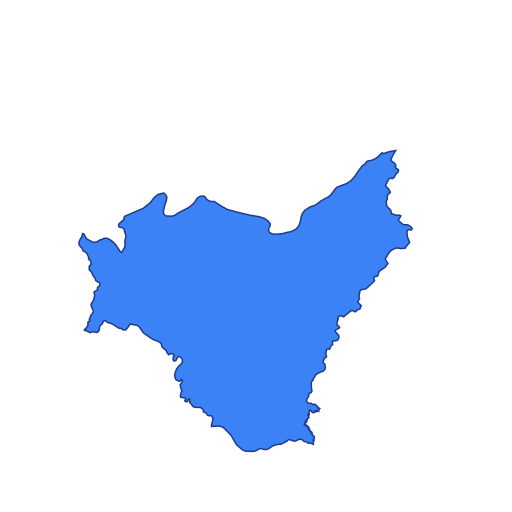 outline of Chiang Khan, Loei, Thailand, rotated 35°
{"feature_id": "78962969B15954858222696", "entity_name": "Chiang Khan", "entity_type": "district", "adm_level": 2, "iso_a3": "THA", "parent_name": "Thailand", "parent_adm1": "Loei", "projection": "orthographic", "projection_center": [101.786, 17.871], "detail": "fine", "context": "isolated", "style": "filled", "palette": "blue", "viewbox_px": 512, "rotation_deg": 35, "n_neighbors": 0, "source": "geoboundaries", "source_scale": "gbopen_adm2", "svg_char_len": 6164}
<svg xmlns="http://www.w3.org/2000/svg" viewBox="0 0 512 512"><g transform="rotate(35 256 256)"><path d="M411.0,377.4L409.8,376.2L409.5,374.1L408.5,374.1L408.1,372.9L408.7,372.2L407.7,371.4L407.3,370.4L406.1,370.7L404.3,369.5L403.4,369.9L402.8,369.4L403.2,368.6L403.0,368.4L401.0,368.1L399.8,368.6L399.3,367.3L399.0,367.4L398.7,366.9L398.2,367.4L398.0,366.7L397.4,366.9L397.0,366.0L396.6,366.5L395.6,365.7L394.9,366.5L394.7,365.9L394.0,365.6L393.4,366.5L392.5,365.9L392.2,366.3L391.8,366.2L391.8,365.0L392.3,364.7L392.4,364.3L391.7,363.9L392.2,363.4L391.6,363.3L391.8,362.7L391.3,362.3L392.3,361.7L391.7,361.0L391.9,360.5L391.2,359.8L392.1,358.1L391.5,357.9L391.0,357.0L390.2,356.9L390.7,355.5L390.2,354.9L389.5,355.5L389.4,354.1L388.6,353.4L389.0,352.7L388.2,351.8L389.0,351.1L389.4,351.4L389.9,351.0L390.9,351.3L391.5,351.9L393.1,351.4L393.1,350.7L394.4,349.3L393.7,349.1L394.5,348.8L394.1,348.0L395.1,348.3L395.7,347.2L396.3,347.1L395.6,346.6L395.8,345.5L395.3,345.2L395.6,344.3L394.5,344.5L394.2,345.0L393.5,344.8L392.7,343.8L391.9,344.2L389.7,343.5L388.7,344.0L388.4,345.0L385.8,345.0L383.2,346.7L380.3,345.7L379.9,344.4L379.6,340.9L378.2,338.3L379.5,336.3L379.3,334.5L376.6,331.8L373.7,327.5L373.5,326.9L374.0,325.2L373.3,323.8L373.5,322.5L373.1,319.7L373.3,318.2L375.4,314.1L377.1,311.9L377.5,309.2L376.7,307.4L374.6,305.3L373.9,304.9L372.2,304.9L371.6,304.6L370.8,300.7L371.5,299.0L371.5,298.1L371.0,297.3L369.6,296.9L367.6,292.5L367.8,291.3L369.6,290.2L369.8,289.6L368.9,287.2L369.6,284.4L368.0,282.8L367.7,281.8L370.7,278.9L371.2,277.5L371.1,276.6L370.5,274.8L369.4,273.7L363.8,272.2L363.6,271.3L365.5,267.2L365.4,266.5L361.4,265.6L360.8,264.8L359.3,260.2L358.4,259.2L358.7,257.7L359.7,256.2L362.7,255.6L364.8,247.8L365.5,246.0L366.2,245.4L369.4,244.8L370.2,241.3L371.5,240.0L370.7,236.3L366.8,235.7L365.7,235.0L365.2,231.5L363.4,229.8L361.2,225.0L361.5,223.2L364.9,219.9L367.3,209.0L367.2,208.1L365.1,206.7L364.8,205.8L365.1,205.0L367.0,203.0L367.0,201.9L365.8,198.7L366.0,197.2L368.2,191.0L368.3,189.8L368.4,186.5L363.6,184.5L363.1,178.1L363.3,175.2L364.2,172.2L365.8,169.7L367.2,168.3L370.3,166.9L373.7,164.1L373.6,161.2L374.1,156.8L368.7,153.2L365.7,149.5L365.4,148.3L365.7,147.2L366.5,146.4L368.2,145.7L368.5,145.0L368.2,144.1L367.3,143.4L365.1,143.2L362.3,143.5L359.0,145.6L358.0,145.8L354.0,145.4L352.4,145.1L351.9,144.4L351.7,140.1L351.4,139.9L350.2,140.3L346.6,142.6L344.0,143.1L342.9,143.8L339.9,141.1L335.2,140.4L333.4,139.1L331.2,136.2L330.9,133.9L329.4,132.1L328.8,130.2L328.8,129.2L329.6,127.6L329.5,126.7L326.0,125.0L322.5,124.4L321.5,123.7L321.1,119.5L320.6,117.8L320.9,116.1L321.8,114.6L323.2,114.6L324.1,112.2L323.6,109.0L324.2,106.0L323.9,104.5L323.2,103.6L319.8,103.8L319.1,103.1L319.0,102.1L318.4,101.5L316.3,100.5L312.1,100.4L311.4,99.9L310.3,95.1L309.9,89.5L305.0,94.4L301.8,99.0L300.1,99.0L298.7,105.7L297.6,108.5L296.1,111.0L293.2,113.9L292.5,115.2L292.3,119.0L291.4,120.8L291.1,126.2L291.2,134.9L290.5,140.1L288.7,144.6L282.9,153.1L282.4,156.2L282.3,162.7L281.5,165.7L277.7,173.4L275.6,180.0L272.1,184.9L269.9,190.3L269.6,192.8L269.7,195.1L270.3,197.4L272.5,202.3L273.8,207.0L273.2,211.4L270.9,215.8L267.7,219.0L265.2,222.1L260.6,226.2L256.4,228.7L253.5,228.9L251.7,228.0L250.9,226.5L250.0,222.6L248.7,221.2L245.9,220.4L241.5,220.3L235.8,222.1L227.7,226.0L214.1,231.4L205.8,234.3L199.6,235.0L190.4,235.3L188.2,237.0L185.8,237.8L183.2,237.9L180.5,236.8L178.7,236.9L175.9,239.3L175.2,240.8L174.6,242.6L174.9,247.5L174.2,251.5L172.8,255.4L167.6,265.3L166.4,268.7L164.6,271.4L159.5,274.7L158.6,274.9L157.2,274.7L155.8,274.1L154.9,273.2L152.6,268.1L150.7,261.8L149.2,258.9L147.8,258.0L144.8,257.2L143.7,257.9L140.4,261.8L139.8,263.6L139.1,267.1L138.8,273.0L136.2,281.7L125.6,298.9L125.7,299.6L126.8,301.8L125.3,308.1L125.9,309.9L127.2,310.8L130.5,309.4L131.9,309.3L138.4,314.6L139.7,318.5L142.3,322.0L143.4,324.1L143.9,330.0L143.6,330.3L142.4,330.3L134.7,327.3L131.5,326.6L128.0,326.3L124.3,326.7L121.8,328.2L119.8,331.5L119.0,332.2L117.4,336.0L114.5,338.3L107.3,339.1L102.3,336.7L101.0,337.1L102.2,339.4L102.4,343.3L102.9,345.7L103.9,347.5L104.9,348.5L109.6,349.6L111.1,350.9L115.9,350.7L117.7,352.0L119.5,352.8L120.7,354.7L122.8,354.6L124.9,356.3L125.7,358.2L125.2,359.4L125.4,360.3L127.2,362.9L130.8,363.6L133.2,365.3L136.9,366.5L138.7,368.0L140.0,368.1L143.1,367.7L144.2,368.3L144.9,370.3L144.2,372.6L145.5,374.7L144.1,378.1L144.1,378.7L146.3,380.5L147.8,383.9L148.4,386.2L148.4,389.6L148.8,390.4L149.5,391.3L154.4,394.4L154.8,395.1L155.0,397.1L154.7,399.7L155.5,401.6L155.5,403.0L157.2,404.8L156.2,406.1L157.2,408.2L158.2,409.1L158.1,412.3L158.7,413.1L157.6,414.2L158.1,415.3L160.0,414.6L164.4,413.8L165.1,411.9L169.1,410.2L169.7,409.6L170.2,408.3L170.1,406.8L168.1,402.7L169.0,400.1L168.5,396.9L169.1,395.8L169.7,395.4L172.7,395.6L175.8,394.4L178.4,394.0L184.6,393.9L187.3,392.6L189.1,392.8L190.2,392.4L191.8,391.1L192.0,383.9L198.3,381.0L200.3,380.8L208.1,383.6L219.0,383.5L225.4,382.0L227.5,382.0L228.7,382.3L231.6,384.5L236.9,385.0L238.9,386.4L240.2,386.4L240.9,387.1L242.5,384.6L243.3,384.2L245.4,384.0L246.1,384.5L246.1,385.9L246.6,387.3L248.3,389.0L249.6,388.8L250.3,387.5L249.9,383.1L250.5,382.5L251.9,382.1L254.9,382.9L256.4,384.7L256.7,387.1L255.9,390.2L255.7,394.0L256.8,398.3L257.8,400.4L260.1,402.6L261.7,403.3L265.1,402.7L265.7,401.5L265.6,399.8L266.8,399.9L267.9,401.6L267.6,404.8L269.8,407.1L272.4,408.8L274.1,413.8L275.3,414.9L279.5,413.0L280.6,413.6L280.6,415.2L281.5,415.8L282.5,414.8L282.8,415.1L283.3,414.6L283.4,413.8L282.7,412.5L283.0,411.5L283.5,411.2L284.8,412.0L285.0,413.2L285.9,414.1L288.1,414.4L289.5,415.1L291.2,415.4L293.3,414.7L297.4,411.9L300.4,412.0L301.3,412.6L302.3,413.9L304.8,413.2L307.7,414.2L308.8,414.0L310.3,412.8L311.2,412.6L312.5,412.9L314.3,414.2L316.4,419.8L317.3,421.2L322.8,416.8L325.8,415.5L327.8,415.2L338.2,417.1L348.0,421.7L355.1,422.5L357.5,422.4L359.4,421.8L365.9,417.6L367.6,415.6L370.0,411.0L373.9,409.7L375.6,408.4L376.9,406.7L378.1,403.1L379.2,401.1L381.6,398.1L384.6,395.6L387.5,390.0L387.8,388.2L388.7,387.2L393.8,385.7L397.0,380.8L399.5,380.0L401.9,380.4L404.2,379.1L406.5,379.4L407.5,378.0L411.0,377.4Z" fill="#3b82f6" stroke="#1e3a8a" stroke-width="1.5"/></g></svg>